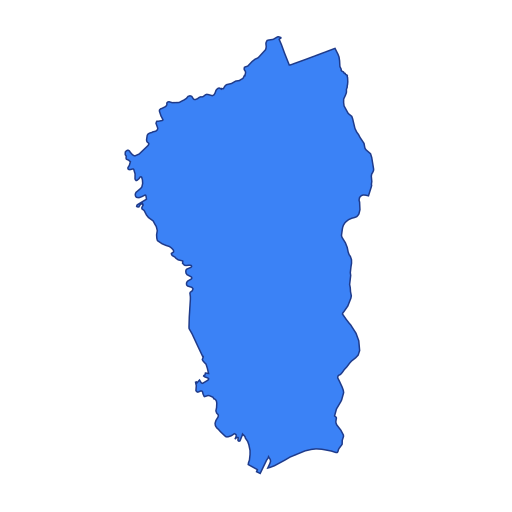 outline of Nobsa, Boyacá, Colombia, rotated 86°
{"feature_id": "7082276B57023336405526", "entity_name": "Nobsa", "entity_type": "district", "adm_level": 2, "iso_a3": "COL", "parent_name": "Colombia", "parent_adm1": "Boyacá", "projection": "mercator", "projection_center": [-72.932, 5.776], "detail": "fine", "context": "isolated", "style": "filled", "palette": "blue", "viewbox_px": 512, "rotation_deg": 86, "n_neighbors": 0, "source": "geoboundaries", "source_scale": "gbopen_adm2", "svg_char_len": 6063}
<svg xmlns="http://www.w3.org/2000/svg" viewBox="0 0 512 512"><g transform="rotate(86 256 256)"><path d="M383.3,183.0L381.6,182.7L380.7,181.7L380.1,180.1L379.5,179.4L378.2,178.1L375.4,175.8L373.0,173.2L369.2,169.9L367.4,168.0L364.5,163.7L362.0,161.0L357.5,159.2L347.8,159.4L340.1,161.6L331.3,166.4L329.5,167.8L325.6,170.4L319.9,173.8L318.9,173.4L317.5,172.1L312.3,167.9L304.7,164.3L302.4,163.7L298.3,164.2L294.2,164.2L290.9,164.6L282.0,162.9L279.2,163.1L273.3,162.0L269.9,161.2L266.4,161.0L263.0,161.9L261.2,163.0L258.4,163.8L253.9,164.4L249.1,165.9L243.2,169.0L241.4,169.3L235.2,168.0L233.3,167.5L231.3,166.6L229.1,165.0L227.9,163.6L226.2,161.1L225.0,157.8L224.5,155.1L223.8,152.8L222.7,151.6L221.2,150.4L217.1,149.1L209.5,148.9L207.4,149.3L204.8,148.6L203.1,146.7L202.6,144.9L202.9,142.6L203.8,139.6L194.9,136.1L193.5,135.7L192.6,135.9L189.8,135.3L184.3,135.4L181.9,134.7L181.2,134.0L178.9,132.8L177.6,132.6L165.8,133.7L162.0,134.6L157.9,138.7L156.5,139.6L155.5,139.9L151.2,140.4L144.9,144.0L141.9,145.3L139.6,146.8L138.4,147.3L135.7,148.4L126.0,150.0L123.4,150.7L120.8,153.5L119.8,154.3L112.4,157.7L109.0,157.9L105.5,157.6L102.1,155.7L99.5,154.5L98.5,154.3L96.2,154.2L93.8,153.2L92.9,153.2L91.2,152.7L88.7,152.3L84.4,152.2L83.4,152.5L82.7,152.3L82.3,152.4L81.9,152.6L81.2,153.9L80.2,154.3L79.9,154.6L79.9,155.2L78.5,155.9L77.5,157.5L76.7,158.1L75.6,158.0L72.8,159.1L67.1,159.0L63.3,159.3L60.6,160.1L54.4,162.7L63.4,192.9L67.8,208.4L67.8,209.5L55.6,213.4L46.9,215.9L41.5,217.8L41.0,217.4L40.5,216.1L39.8,216.0L38.9,218.1L38.8,218.8L39.2,219.9L41.1,223.7L41.5,228.7L41.8,229.9L43.6,231.0L44.9,231.3L47.9,231.2L49.7,231.6L51.0,232.2L58.1,239.7L58.7,240.7L59.6,243.2L61.7,246.3L66.0,251.0L66.6,253.5L67.0,254.4L68.6,254.8L69.5,254.6L71.1,253.7L72.4,253.6L75.4,254.5L75.2,255.0L77.5,256.3L78.1,257.0L79.4,259.7L79.8,260.1L80.1,264.0L82.2,268.4L83.0,273.3L83.5,274.2L84.6,275.4L86.3,276.5L86.9,277.1L86.5,278.8L87.1,278.9L85.9,280.9L86.0,282.0L87.1,283.6L87.9,284.3L90.8,285.6L92.3,286.7L93.0,288.1L92.9,288.8L91.6,292.5L91.3,293.9L91.7,295.2L93.3,297.6L93.5,298.6L93.4,300.3L93.9,301.7L95.0,303.4L95.7,305.5L95.6,306.5L95.4,307.1L94.8,307.6L92.4,308.9L91.8,309.9L91.6,311.0L92.1,312.7L93.9,314.4L95.5,317.2L95.9,318.4L97.4,321.7L97.5,322.6L97.2,328.9L96.1,331.8L96.1,332.9L96.4,333.5L97.2,334.3L98.5,334.3L99.2,334.5L100.6,335.7L102.3,339.8L102.5,340.8L103.5,342.0L104.1,342.2L105.0,342.2L109.7,341.0L113.5,339.3L114.1,339.6L114.3,340.1L114.8,344.3L114.6,345.4L114.8,345.7L116.6,346.5L121.6,345.1L122.3,345.2L122.9,345.5L123.5,345.9L124.5,347.3L125.0,350.4L125.5,351.2L125.8,353.0L126.6,354.9L127.4,355.7L128.4,356.2L132.6,357.1L134.0,356.9L134.8,356.5L135.9,355.3L136.3,355.1L136.9,355.2L138.1,355.8L146.1,365.4L147.7,369.8L147.3,370.9L146.2,372.3L143.9,374.1L142.3,375.0L141.5,376.3L141.6,377.0L142.1,378.0L143.1,379.1L145.3,379.4L146.0,379.3L146.8,378.7L147.4,378.5L149.4,378.8L150.4,378.5L151.6,376.2L152.4,375.6L153.1,374.7L156.7,376.0L158.6,377.4L159.3,377.7L160.3,377.5L160.7,377.2L161.1,375.8L160.6,372.9L160.7,372.3L161.1,371.9L165.7,370.9L170.5,371.3L171.4,371.1L172.4,370.3L172.2,369.4L170.7,367.3L169.4,366.4L168.9,365.4L169.1,364.9L169.4,364.6L171.1,364.2L172.2,364.0L175.7,364.0L179.0,365.0L179.7,365.5L180.8,366.7L184.1,371.2L185.3,371.9L186.6,372.2L188.1,371.9L189.1,371.2L189.6,369.4L189.6,368.3L188.7,365.4L187.5,362.6L187.6,361.9L188.8,361.5L191.7,361.3L196.5,370.6L197.0,371.2L198.2,371.6L198.7,371.0L198.9,369.5L194.7,366.4L195.6,365.5L196.3,366.2L197.2,365.0L199.7,366.5L201.0,366.5L202.8,364.4L207.5,362.4L210.1,360.6L213.9,356.1L216.9,354.8L219.7,353.4L223.8,352.7L228.0,353.7L231.3,353.7L233.2,353.4L233.9,353.1L237.2,348.9L239.1,345.2L240.5,341.7L242.0,339.9L244.0,338.2L245.3,337.8L246.3,338.0L247.5,340.2L248.0,340.3L249.3,339.8L249.8,339.4L251.4,337.0L252.7,336.0L254.4,333.9L255.8,329.5L256.4,329.4L258.1,329.8L260.0,328.2L260.4,327.5L260.6,326.1L260.5,323.4L260.7,321.9L260.8,321.5L261.2,321.1L262.1,321.0L262.8,321.8L264.3,326.0L264.7,326.5L265.5,326.9L266.5,327.1L268.2,327.0L269.8,326.1L272.1,322.4L272.6,321.8L273.3,321.6L273.9,321.7L274.5,322.3L276.2,325.8L277.0,326.6L277.9,327.1L279.0,327.3L280.1,327.2L281.2,326.3L282.8,322.2L284.1,321.2L284.9,321.3L286.3,322.1L287.6,324.1L288.5,324.5L292.1,324.3L294.8,324.5L312.1,326.8L322.2,327.8L323.8,327.8L329.2,325.2L341.5,320.5L352.5,316.2L352.4,315.8L352.9,315.6L355.6,316.8L356.9,316.2L358.8,314.8L360.4,313.4L364.4,312.4L369.9,311.5L369.2,314.6L371.1,315.2L371.6,316.4L372.1,316.6L373.1,315.4L374.1,313.0L374.9,311.9L375.2,311.8L375.8,312.0L376.6,312.8L379.3,318.1L379.1,318.8L378.5,319.6L375.8,321.0L378.4,323.7L377.4,324.3L377.7,325.1L381.2,324.6L386.0,325.3L387.0,324.8L387.7,323.8L387.6,322.9L386.8,320.7L386.9,319.5L387.8,318.8L389.8,318.5L392.5,317.5L392.7,317.2L391.8,313.5L392.2,311.9L393.9,308.8L395.6,307.9L395.6,307.5L396.3,306.6L397.4,305.8L398.8,305.5L400.2,305.4L404.4,305.9L407.7,306.8L410.0,306.2L411.7,304.8L412.7,304.7L414.0,305.1L417.2,307.4L418.9,308.1L420.2,308.5L422.0,308.4L423.0,308.1L424.9,307.0L426.3,305.6L428.8,303.7L433.4,299.5L434.2,298.6L434.4,297.7L434.4,296.4L433.7,293.5L432.9,291.9L431.7,290.0L432.4,288.8L433.1,288.3L434.3,288.3L437.3,289.7L436.4,288.9L435.6,287.6L435.8,286.6L436.1,286.4L437.7,286.8L438.8,286.8L439.4,286.3L439.5,285.4L439.3,284.9L434.0,282.3L432.8,281.9L433.6,281.4L433.4,281.1L435.4,279.6L436.9,279.3L440.3,277.3L441.3,277.0L443.8,276.3L449.6,275.5L453.7,275.8L459.2,276.8L461.7,277.9L463.5,278.3L469.2,269.5L471.2,270.5L473.2,267.0L460.1,259.5L458.0,257.7L457.9,257.8L457.1,257.5L460.2,255.9L461.8,255.8L463.9,256.6L468.3,259.0L467.8,256.5L466.5,252.2L461.6,241.4L458.9,236.0L453.8,220.6L452.8,214.2L452.6,209.5L453.3,204.2L453.9,201.7L455.8,194.5L457.5,190.3L457.7,189.2L457.6,188.5L456.5,187.8L455.0,187.3L453.8,186.6L450.3,183.6L449.7,183.2L445.8,182.8L442.1,181.3L440.7,181.3L435.7,183.5L430.0,187.3L428.0,187.9L426.6,187.9L423.3,187.1L422.6,187.2L421.0,188.8L414.2,186.4L407.1,181.5L405.5,180.6L398.4,178.1L396.0,178.3L392.8,179.2L386.5,181.6L383.3,183.0Z" fill="#3b82f6" stroke="#1e3a8a" stroke-width="1.5"/></g></svg>